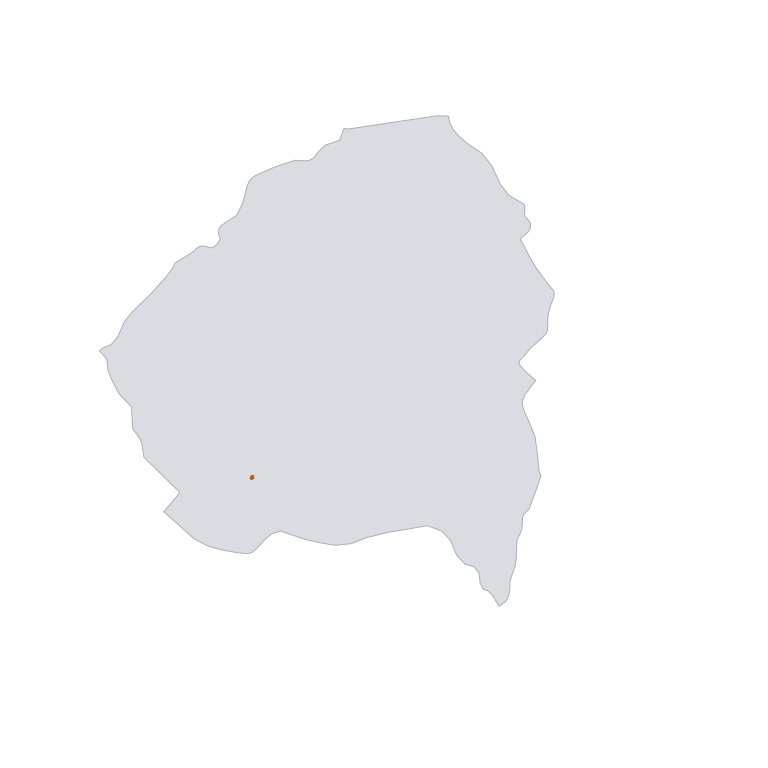 Karoi, Mashonaland West, Zimbabwe (highlighted), rotated 222°
{"feature_id": "62879985B2724410998329", "entity_name": "Karoi", "entity_type": "district", "adm_level": 2, "iso_a3": "ZWE", "parent_name": "Zimbabwe", "parent_adm1": "Mashonaland West", "projection": "natural_earth1", "projection_center": [29.682, -16.822], "detail": "fine", "context": "in_parent", "style": "filled", "palette": "amber", "viewbox_px": 768, "rotation_deg": 222, "n_neighbors": 0, "source": "geoboundaries", "source_scale": "gbopen_adm2", "svg_char_len": 2741}
<svg xmlns="http://www.w3.org/2000/svg" viewBox="0 0 768 768"><g transform="rotate(222 384 384)"><path d="M515.5,626.2L510.0,622.1L502.6,619.4L493.1,618.2L480.8,618.7L465.6,621.0L449.4,618.2L432.1,610.6L417.6,607.8L400.4,611.2L399.7,611.3L396.7,608.7L392.0,603.0L384.1,602.1L382.0,600.8L380.2,598.7L379.1,596.0L378.6,593.0L379.9,583.8L379.2,582.8L377.1,581.7L372.8,580.6L362.4,576.4L349.4,572.3L328.3,567.9L320.1,566.7L318.2,565.4L315.8,562.0L311.7,551.4L307.8,544.4L298.7,533.6L297.2,530.2L297.7,521.7L298.3,514.7L299.3,508.9L298.8,503.4L298.7,496.5L298.9,491.9L297.7,490.0L294.4,488.6L285.0,487.9L273.6,488.2L273.2,481.3L272.1,470.5L269.9,464.4L267.3,461.1L262.0,457.8L251.4,453.2L237.0,446.2L224.6,435.9L210.4,423.0L205.9,420.8L200.7,408.7L192.6,388.1L193.1,381.2L191.8,377.8L184.0,367.7L182.3,362.4L180.9,357.1L168.5,342.2L164.3,335.7L161.0,327.4L157.8,320.7L155.1,318.1L151.6,313.5L149.1,308.4L148.0,304.5L148.9,299.3L150.0,295.8L161.8,299.5L168.2,299.8L173.2,298.0L179.4,300.4L186.8,307.1L194.9,308.4L203.6,304.2L215.4,305.5L230.2,312.2L242.5,313.5L257.1,307.6L270.1,291.1L282.4,275.6L294.4,257.7L301.6,243.3L312.3,231.5L326.4,222.5L340.7,214.8L362.7,205.4L367.1,197.7L368.5,189.3L368.5,177.5L369.6,169.9L371.9,166.5L375.6,163.8L380.3,160.3L394.8,151.4L406.9,145.6L421.7,141.9L437.9,141.9L453.4,141.8L462.3,141.8L462.4,153.1L463.1,165.8L464.8,167.0L476.6,167.3L495.4,168.2L513.5,169.0L525.0,178.3L528.9,180.2L540.9,182.7L556.3,198.0L574.7,199.5L587.4,204.3L598.6,209.6L605.0,215.9L609.2,217.3L614.8,217.8L617.6,218.3L616.9,222.9L613.2,230.6L613.6,241.7L618.7,257.0L619.3,270.3L617.6,293.8L617.6,316.5L618.1,324.6L618.9,330.0L620.0,333.0L619.8,336.3L616.6,345.9L614.1,355.9L614.0,359.9L613.0,362.8L611.2,365.3L603.2,369.9L601.8,372.8L601.8,378.0L602.8,382.4L605.8,384.0L609.4,386.4L610.8,389.7L610.8,393.1L609.6,399.5L606.3,410.1L609.5,422.2L613.1,430.1L618.0,439.2L620.0,444.9L619.9,448.9L619.1,452.8L611.6,469.5L606.2,479.8L599.6,490.9L590.9,497.9L588.6,501.2L587.7,505.0L588.0,513.3L587.6,522.0L580.1,535.4L584.6,546.9L583.6,548.0L581.1,549.6L570.4,562.6L559.6,575.7L551.7,585.3L542.7,596.2L532.6,608.4L524.0,618.8L515.5,626.2Z" fill="#d9dde1" stroke="#a8b0b8" stroke-width="1"/><path d="M419.4,224.5L419.2,224.6L418.9,224.6L418.8,224.8L418.7,224.8L418.6,225.0L418.4,225.1L418.4,225.3L418.2,225.4L418.2,225.5L418.3,225.7L418.3,225.8L418.3,226.0L418.2,226.0L418.2,226.3L418.2,226.5L418.2,226.8L418.3,226.8L418.5,226.9L418.5,227.0L418.7,226.9L418.8,226.9L418.9,227.0L419.0,227.0L419.7,227.3L420.0,227.8L420.0,228.1L420.8,227.4L420.8,226.5L420.8,226.0L420.1,225.2L420.3,224.9L420.3,224.7L420.2,224.7L419.9,224.6L419.8,224.4L419.7,224.4L419.4,224.4L419.4,224.5L419.4,224.5Z" fill="#f59e0b" stroke="#b45309" stroke-width="1.5"/></g></svg>